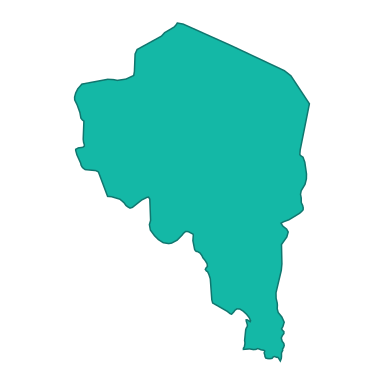 an SVG outline of Kerman
{"feature_id": "IRN-3248", "entity_name": "Kerman", "entity_type": "Province", "adm_level": 1, "iso_a3": "IRN", "parent_name": "Iran", "parent_adm1": "", "projection": "natural_earth1", "projection_center": [57.389, 29.03], "detail": "fine", "context": "isolated", "style": "filled", "palette": "teal", "viewbox_px": 384, "rotation_deg": 0, "n_neighbors": 0, "source": "natural_earth", "source_scale": "10m", "svg_char_len": 2399}
<svg xmlns="http://www.w3.org/2000/svg" viewBox="0 0 384 384"><path d="M107.6,196.4L98.4,171.9L95.8,170.6L85.2,169.6L83.2,168.2L82.1,167.0L81.1,165.2L80.6,163.0L76.9,154.8L75.7,150.4L75.7,149.3L77.7,148.3L78.2,147.9L82.8,147.3L84.3,146.2L84.3,144.6L83.6,142.4L83.2,139.2L83.9,121.1L82.4,120.0L80.9,118.1L79.9,112.5L77.2,105.0L74.7,99.9L74.6,97.1L75.7,93.0L77.8,88.8L81.9,84.1L107.7,79.3L113.5,79.6L117.3,80.4L125.9,79.1L133.7,75.5L134.4,71.6L135.1,54.0L137.1,49.5L161.5,36.1L164.7,32.6L174.2,27.0L176.3,24.6L177.3,23.0L183.2,24.1L232.2,46.1L284.4,70.7L290.9,75.8L309.4,103.8L300.2,149.9L299.8,154.6L300.9,155.8L303.0,157.2L304.8,162.2L306.5,174.0L306.4,178.9L305.0,184.4L301.2,190.7L300.5,194.3L301.2,198.0L301.3,202.6L302.7,205.6L303.2,207.8L303.1,209.8L301.7,211.4L299.7,213.2L288.9,219.8L283.7,221.7L281.0,223.2L282.8,226.1L286.6,229.1L288.2,232.0L286.8,237.0L281.5,244.5L281.9,263.9L281.3,270.3L276.0,292.7L276.1,298.3L277.2,303.0L277.4,305.1L277.2,308.7L278.2,312.5L281.8,316.9L284.2,322.2L282.9,326.5L281.6,328.9L282.4,330.2L283.9,331.6L283.9,333.5L282.4,335.5L281.3,338.0L282.2,341.3L283.8,343.4L284.2,345.5L283.5,347.7L282.6,348.8L282.7,350.6L282.1,351.5L281.5,353.0L281.5,356.4L281.3,358.5L280.3,361.0L278.4,357.9L277.8,357.3L276.5,357.3L274.7,356.5L273.3,356.9L272.0,358.4L270.0,358.7L267.7,358.6L265.8,358.1L265.0,356.6L264.8,354.9L264.3,353.6L264.2,352.6L264.7,351.5L264.7,350.9L263.9,350.3L261.0,349.8L259.2,349.0L257.5,348.6L255.9,349.4L253.4,349.6L249.6,348.9L243.4,349.4L243.4,348.2L244.3,347.0L244.9,343.8L244.9,342.2L244.6,340.6L245.7,329.7L246.3,328.0L247.1,326.8L247.4,325.9L247.3,324.5L246.2,320.9L246.2,319.8L247.2,319.8L250.2,321.7L250.6,320.7L249.2,317.6L246.5,314.2L243.0,311.0L239.8,309.0L236.8,308.9L234.9,310.3L233.8,311.9L231.6,314.2L230.2,313.7L227.0,311.2L212.7,303.0L211.8,299.8L210.3,278.8L208.9,274.4L207.6,271.7L206.4,271.0L205.3,269.4L206.2,267.7L207.4,266.5L207.1,263.7L205.0,260.3L202.9,257.8L201.9,255.6L200.0,253.0L197.6,251.6L196.2,251.4L195.3,250.6L194.6,249.4L192.9,240.7L193.3,235.0L193.0,234.1L188.2,231.6L185.6,231.5L183.5,233.3L182.1,235.1L177.1,240.2L171.6,243.1L168.7,243.6L163.2,242.7L158.4,239.6L154.5,235.7L150.4,230.1L149.4,224.6L150.6,220.4L149.8,199.1L148.5,197.1L147.1,197.3L141.7,200.0L132.4,207.4L130.0,208.1L128.0,207.0L126.0,205.5L124.0,202.7L119.9,199.2L111.5,196.7L107.6,196.4Z" fill="#14b8a6" stroke="#0f766e" stroke-width="1.5"/></svg>